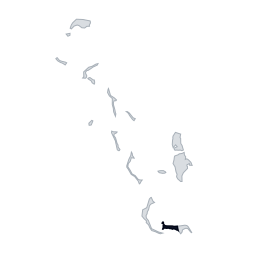 East Grand Bahama on a map of The Bahamas (Robinson projection), rotated 193°
{"feature_id": "BHS-5012", "entity_name": "East Grand Bahama", "entity_type": "District", "adm_level": 1, "iso_a3": "BHS", "parent_name": "The Bahamas", "parent_adm1": "", "projection": "robinson", "projection_center": [-78.023, 26.67], "detail": "fine", "context": "in_parent", "style": "filled", "palette": "ink", "viewbox_px": 256, "rotation_deg": 193, "n_neighbors": 0, "source": "natural_earth", "source_scale": "10m", "svg_char_len": 3844}
<svg xmlns="http://www.w3.org/2000/svg" viewBox="0 0 256 256"><g transform="rotate(193 128 128)"><path d="M76.1,103.5L76.0,107.3L76.3,110.2L76.1,111.3L73.1,113.2L72.3,114.3L69.5,115.4L67.8,116.9L67.0,114.4L65.3,112.9L65.1,110.3L63.8,111.2L62.0,110.6L59.0,108.7L57.1,106.0L59.8,105.6L60.3,107.2L62.4,105.2L61.9,104.1L61.5,104.0L60.9,102.0L64.0,96.8L64.7,93.4L63.3,88.0L64.6,87.7L68.1,89.6L69.7,91.4L69.8,94.0L71.3,96.0L73.4,100.7L76.1,103.5ZM78.5,118.1L78.5,118.8L75.8,120.8L77.8,122.3L79.6,119.1L81.1,121.7L81.9,126.4L81.8,127.3L81.9,128.0L82.2,128.9L82.3,130.2L80.8,134.4L75.3,133.9L75.2,130.4L74.4,129.8L73.1,124.8L71.4,123.1L69.1,119.0L70.4,118.0L72.3,118.3L73.2,117.8L75.7,117.4L77.3,116.9L78.5,118.1ZM206.4,215.6L205.6,218.0L202.7,222.4L196.2,223.6L189.0,223.8L188.4,222.6L188.3,221.5L188.8,219.8L188.7,219.2L188.4,218.5L191.0,217.8L192.7,215.7L195.5,215.3L198.9,216.8L200.7,216.9L203.4,215.2L205.5,211.8L206.8,212.2L206.4,215.6ZM90.2,65.3L89.7,65.6L87.3,62.4L85.4,61.4L88.4,59.2L89.6,57.2L89.6,53.0L90.3,50.7L90.1,48.7L90.7,46.6L89.8,44.3L87.4,42.5L82.4,35.2L74.6,33.5L70.6,33.4L72.8,32.2L74.8,32.4L78.0,33.1L81.8,33.4L84.1,35.5L86.3,38.4L88.3,39.5L89.1,40.2L89.0,41.1L89.3,41.8L91.9,43.2L94.6,45.3L95.3,51.6L91.8,54.6L91.2,63.6L90.2,65.3ZM55.6,39.0L58.9,39.9L60.7,39.8L61.7,39.2L66.6,39.4L70.6,38.5L71.2,40.2L71.1,41.1L62.7,41.9L55.0,44.4L50.7,46.1L48.7,46.2L47.2,45.4L42.1,40.2L43.5,40.7L47.3,43.6L49.6,43.1L51.8,41.2L52.1,39.7L51.8,39.0L52.8,36.8L55.6,39.0ZM106.1,78.6L110.6,82.2L114.4,83.5L118.6,88.0L120.4,89.6L120.7,91.1L120.1,97.8L119.1,101.8L119.3,105.3L118.3,104.3L117.3,102.0L115.7,100.6L115.2,100.0L118.1,99.8L118.3,96.2L119.7,93.3L119.5,90.3L116.1,87.0L113.7,84.2L110.2,83.2L106.8,80.4L104.9,80.0L102.5,80.5L103.3,78.8L103.9,76.5L104.4,76.1L106.1,78.6ZM156.1,161.3L155.9,162.1L152.4,155.8L148.0,154.2L145.5,152.7L146.0,151.8L147.7,151.4L148.0,149.4L147.3,147.2L144.9,142.8L143.6,139.8L143.0,139.1L142.9,136.6L145.6,140.5L146.8,144.0L148.6,147.3L149.9,153.2L153.4,155.1L155.9,158.0L156.1,161.3ZM173.7,183.0L171.7,184.0L172.1,182.4L175.8,179.5L177.9,177.1L179.0,176.2L179.4,175.5L181.1,174.6L181.9,173.0L181.6,171.7L179.9,169.6L179.9,168.1L180.5,167.0L183.4,166.5L182.6,168.1L183.8,172.7L180.0,178.3L176.8,180.1L173.7,183.0ZM143.0,119.7L143.2,121.3L141.3,121.0L138.6,121.6L137.7,121.6L138.3,120.5L140.1,119.0L140.2,117.6L137.9,115.5L135.1,110.4L133.9,109.2L133.3,107.2L131.0,105.2L131.4,104.0L131.9,103.8L133.5,104.3L137.0,111.7L137.2,112.4L143.0,119.7ZM205.7,176.2L207.5,176.6L208.4,176.6L211.5,177.6L213.4,178.9L213.9,179.4L212.9,180.6L209.9,178.4L207.4,178.1L203.8,178.1L202.4,177.7L203.4,175.3L205.7,176.2ZM177.7,166.8L178.3,167.4L176.5,168.6L172.6,167.0L171.7,167.2L170.9,165.5L170.6,164.2L170.8,163.1L173.1,164.0L174.4,165.6L177.7,166.8ZM86.9,93.7L83.9,94.4L81.6,93.7L81.1,93.2L82.0,92.3L84.1,91.6L87.5,91.5L88.9,92.4L89.1,92.7L86.9,93.7ZM133.3,143.6L132.2,143.8L130.1,142.9L125.3,139.1L123.0,138.7L123.8,136.5L125.5,137.3L129.4,140.6L130.8,142.3L133.3,143.6ZM167.2,123.9L165.0,127.3L163.8,127.0L164.5,122.7L166.0,122.0L166.6,122.0L167.2,123.9ZM209.4,205.6L205.8,207.2L205.4,205.3L207.2,203.9L209.4,205.6Z" fill="#d9dde1" stroke="#a8b0b8" stroke-width="1"/><path d="M56.1,39.5L57.1,39.9L57.7,39.7L58.9,40.1L60.3,40.3L61.2,40.3L61.6,39.8L62.1,39.5L63.0,39.9L63.5,40.0L64.5,39.5L65.8,39.7L66.7,39.5L67.5,39.1L68.1,39.0L69.8,38.9L70.2,38.8L70.5,38.4L70.7,38.0L70.9,37.6L71.4,37.4L71.4,38.0L71.3,38.7L71.2,39.3L71.7,40.5L71.7,41.1L71.5,41.6L71.0,41.8L70.8,41.7L70.3,41.3L70.1,41.2L69.7,41.1L67.9,41.2L66.3,41.6L62.6,42.4L61.0,42.4L57.8,43.3L56.9,41.1L56.1,39.5ZM73.0,43.0L73.2,42.9L73.5,42.6L73.3,43.0L73.2,43.2L73.2,43.4L73.1,43.6L73.0,43.9L72.8,44.2L72.6,44.2L72.1,43.5L72.0,43.3L72.0,43.0L72.1,42.9L72.9,42.7L73.1,42.8L72.8,43.2L72.8,43.3L73.0,43.1L73.0,43.0Z" fill="#0f172a" stroke="#020617" stroke-width="1.5"/></g></svg>